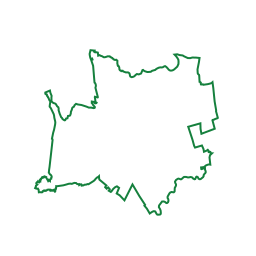 the district of Gura Ocnitei, Dâmbovita, Romania, rotated 288°
{"feature_id": "2599482B41212153324828", "entity_name": "Gura Ocnitei", "entity_type": "district", "adm_level": 2, "iso_a3": "ROU", "parent_name": "Romania", "parent_adm1": "Dâmbovita", "projection": "robinson", "projection_center": [25.584, 44.936], "detail": "fine", "context": "isolated", "style": "outline", "palette": "green", "viewbox_px": 256, "rotation_deg": 288, "n_neighbors": 0, "source": "geoboundaries", "source_scale": "gbopen_adm2", "svg_char_len": 5665}
<svg xmlns="http://www.w3.org/2000/svg" viewBox="0 0 256 256"><g transform="rotate(288 128 128)"><path d="M109.8,215.6L110.9,215.2L112.2,214.1L113.6,213.6L112.9,212.3L111.6,210.7L111.6,210.4L113.1,209.7L114.3,212.3L116.6,213.8L117.6,215.0L118.4,216.3L118.6,217.6L125.2,214.6L127.5,214.4L129.9,215.7L129.6,214.4L130.4,214.0L130.7,213.7L130.7,213.4L130.5,213.1L130.2,213.2L130.0,212.2L130.3,211.9L131.2,211.7L131.9,210.6L130.8,209.8L128.9,207.6L131.3,206.3L134.2,203.7L130.1,197.8L131.5,196.4L136.7,193.0L147.8,184.9L154.8,195.4L149.5,197.3L145.2,199.6L154.1,210.7L161.5,205.9L161.8,206.0L162.7,207.4L163.5,208.1L164.9,210.0L165.4,210.3L171.2,206.5L172.0,206.4L180.0,202.2L192.3,196.8L197.7,194.2L196.5,193.5L195.8,192.6L194.4,190.4L192.4,186.3L192.7,185.7L192.2,184.8L192.0,183.9L192.6,183.5L193.7,183.2L194.0,182.5L194.0,181.8L199.9,179.5L200.6,179.0L200.9,178.1L201.6,177.4L205.2,176.0L212.6,175.1L216.7,174.4L216.0,171.1L214.9,167.4L213.7,165.6L213.0,163.3L213.5,159.2L213.9,157.6L213.3,154.5L213.3,152.0L212.2,149.6L211.1,151.6L209.8,153.4L208.5,154.8L206.6,155.6L204.4,156.2L201.6,155.9L198.1,153.9L197.0,153.0L196.3,152.1L195.8,151.0L195.7,149.9L196.1,148.6L196.8,147.6L197.9,145.6L198.3,144.2L197.9,143.5L196.5,142.3L195.9,141.1L195.7,140.1L194.9,138.7L193.9,137.6L192.8,136.6L191.7,136.0L189.8,133.2L188.5,132.3L187.5,129.9L187.2,128.9L187.2,126.5L187.5,125.1L187.9,124.4L187.6,123.9L183.9,123.6L182.3,121.7L182.1,119.8L180.9,118.9L179.3,118.1L178.5,117.4L177.5,115.9L177.5,115.3L177.6,114.5L178.1,113.9L180.3,112.6L180.7,111.8L180.9,110.8L180.2,108.8L180.3,106.0L180.8,105.3L180.7,104.8L180.1,104.4L180.0,104.0L180.4,103.7L180.4,102.5L181.0,101.8L183.0,100.9L184.0,99.9L183.9,99.3L184.6,98.7L185.3,98.5L185.8,98.0L188.7,97.1L189.1,96.2L189.3,95.7L188.7,94.7L188.8,93.1L189.2,92.7L189.3,91.8L189.8,91.4L189.8,90.2L190.2,89.6L190.1,89.0L190.5,88.5L189.9,86.5L189.0,85.4L188.2,84.2L187.8,83.2L188.3,80.8L188.2,80.0L188.5,78.4L187.6,77.3L190.4,76.0L190.2,73.7L189.9,73.6L189.8,73.2L190.0,72.9L190.1,72.2L191.3,72.3L190.4,68.3L186.6,68.6L185.5,69.1L183.2,70.4L182.1,71.3L183.0,72.4L182.1,73.1L181.1,72.1L176.4,75.6L161.1,82.0L160.8,82.2L160.7,82.6L160.0,83.4L158.8,84.2L157.8,84.5L156.2,84.6L148.0,89.8L147.7,89.7L147.5,87.8L147.5,86.9L147.1,86.9L144.2,88.4L143.2,88.6L142.8,89.0L142.4,90.3L141.9,90.2L141.5,89.7L141.3,88.9L142.3,87.5L142.0,85.4L140.6,85.8L140.2,86.6L139.1,87.7L137.7,90.0L137.2,90.1L136.8,90.0L136.3,89.2L136.0,86.5L135.3,84.4L135.5,81.9L135.5,76.6L134.9,73.1L134.9,71.1L133.1,70.1L131.6,70.0L130.6,69.1L129.9,68.8L127.9,68.9L125.7,68.7L124.2,69.1L122.5,69.1L121.7,68.8L120.9,67.2L118.5,67.4L117.9,66.2L116.3,65.9L116.0,65.8L115.7,65.3L115.9,64.2L116.4,62.8L117.2,62.1L117.6,61.1L120.5,58.6L123.5,56.5L125.2,56.0L126.2,55.3L126.7,54.0L128.5,51.9L128.8,50.7L128.7,49.9L128.9,48.7L129.6,47.3L130.0,46.9L133.2,45.8L135.0,45.4L137.5,43.3L139.5,42.2L136.2,38.4L135.0,38.8L134.8,39.4L134.9,40.2L134.6,40.6L134.0,40.7L133.5,41.1L133.2,42.0L132.5,42.3L132.2,42.9L129.9,44.9L129.4,45.8L129.1,46.0L125.3,46.6L124.1,46.9L123.0,48.5L118.3,53.0L117.1,53.8L114.9,54.8L112.0,56.6L110.7,57.2L108.8,57.6L103.6,58.2L100.4,58.3L94.2,59.0L93.9,59.7L93.2,60.0L66.8,65.4L63.8,65.9L61.0,66.5L60.7,67.1L59.8,68.0L59.6,69.0L58.6,70.2L57.8,70.6L56.9,70.3L56.1,70.7L55.0,69.8L53.4,70.2L53.6,69.6L54.0,69.4L54.2,68.8L53.2,68.7L52.8,68.5L52.9,68.4L53.5,68.0L53.9,67.3L54.2,67.2L54.5,66.7L55.5,65.6L55.7,65.0L56.1,65.1L56.2,63.4L55.7,63.0L54.9,63.2L54.7,63.0L54.7,62.8L55.2,62.4L54.8,61.6L54.6,61.5L54.2,61.4L53.6,61.6L53.0,61.0L52.3,61.1L52.2,61.1L52.3,60.6L51.8,60.4L51.7,60.5L50.9,60.1L49.9,61.1L49.6,60.7L48.8,60.4L48.7,60.2L48.8,59.8L48.8,59.1L49.1,58.8L48.6,58.7L48.5,58.3L48.2,58.1L47.2,57.8L46.3,58.6L46.1,59.2L44.7,58.3L43.7,58.5L43.0,58.3L42.8,58.6L42.1,58.4L42.0,59.4L42.2,60.6L42.5,61.0L41.7,62.0L39.3,63.1L39.7,63.9L40.2,66.0L40.6,66.5L41.5,66.4L42.6,67.3L42.7,67.5L42.4,67.9L42.9,68.5L43.0,68.7L42.7,69.0L42.8,69.3L43.5,69.9L44.3,70.3L44.3,70.7L44.8,71.2L45.3,73.0L44.5,73.2L44.3,73.4L44.4,73.9L44.5,74.2L45.3,74.4L45.4,75.3L45.1,75.7L45.2,75.9L45.5,76.2L45.9,76.0L46.5,76.8L45.5,77.1L44.8,78.1L44.9,78.3L45.2,78.4L45.8,78.1L48.1,78.3L48.7,77.9L49.7,78.0L50.5,77.7L50.7,78.5L53.5,84.2L55.0,86.5L56.6,88.8L57.3,90.4L57.5,91.8L59.2,93.9L59.5,95.2L59.6,95.7L59.1,96.6L59.1,97.6L59.2,98.2L59.5,98.7L58.6,99.2L59.7,100.2L60.0,101.0L59.8,101.4L58.9,101.8L59.7,103.4L60.6,104.1L61.1,105.5L62.2,106.9L62.3,107.8L67.0,111.7L68.4,112.5L69.6,112.9L71.4,113.9L72.4,114.9L73.2,115.3L70.7,116.3L70.0,116.9L66.7,125.2L65.5,124.7L64.6,124.6L63.7,126.5L64.8,126.9L65.4,127.5L64.1,129.6L63.8,129.7L62.4,129.1L61.9,131.4L62.5,131.8L65.6,132.8L67.8,134.1L69.1,135.5L68.3,138.0L62.2,137.5L61.4,140.9L58.1,147.0L75.7,149.7L66.7,159.9L60.2,168.0L59.2,167.6L57.2,170.8L53.4,175.1L55.4,176.6L56.7,177.9L57.1,179.2L57.0,179.8L55.3,181.5L54.7,182.5L54.8,183.3L55.5,185.0L55.7,185.3L56.2,185.6L56.9,185.6L57.8,185.3L59.4,184.6L60.7,183.6L62.3,181.8L63.9,181.5L68.6,183.1L69.1,184.5L69.2,185.3L69.0,186.5L68.6,187.2L68.5,187.8L68.8,188.4L69.8,189.0L71.1,189.0L72.0,188.7L73.1,188.0L73.5,187.4L74.4,187.0L75.1,186.9L78.6,187.6L79.7,188.1L80.6,189.2L80.9,191.2L81.1,191.5L81.7,191.8L82.2,191.9L85.4,191.0L87.7,191.4L88.7,191.3L89.3,191.0L90.5,189.8L91.5,189.3L93.3,189.7L94.9,190.9L95.4,191.5L95.5,191.9L95.5,194.2L96.1,194.8L98.4,196.1L98.8,196.5L99.4,198.3L99.5,200.3L99.9,201.3L100.7,202.6L100.8,203.3L100.8,204.4L100.0,205.7L99.8,207.1L100.2,207.7L102.6,208.0L103.0,208.4L102.9,209.4L102.5,209.9L101.7,210.6L101.4,211.6L101.5,212.2L101.9,212.9L104.5,214.6L105.6,214.8L106.5,214.5L107.7,214.8L108.3,215.0L108.8,215.4L109.8,215.6Z" fill="none" stroke="#15803d" stroke-width="2"/></g></svg>